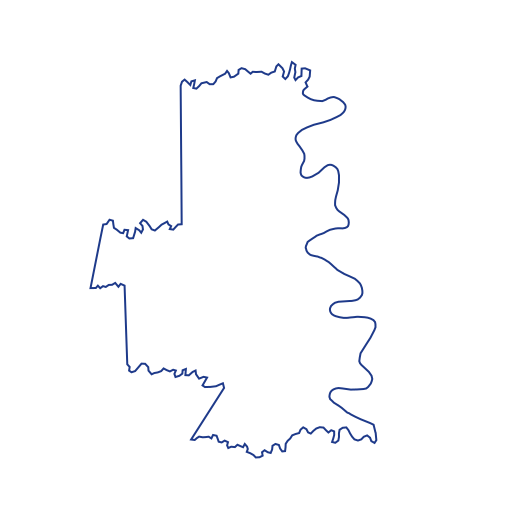 the district of 25 de Mayo, Misiones, Argentina, rotated 282°
{"feature_id": "61730980B2649832708573", "entity_name": "25 de Mayo", "entity_type": "district", "adm_level": 2, "iso_a3": "ARG", "parent_name": "Argentina", "parent_adm1": "Misiones", "projection": "albers", "projection_center": [-54.618, -27.386], "detail": "fine", "context": "isolated", "style": "outline", "palette": "blue", "viewbox_px": 512, "rotation_deg": 282, "n_neighbors": 0, "source": "geoboundaries", "source_scale": "gbopen_adm2", "svg_char_len": 5748}
<svg xmlns="http://www.w3.org/2000/svg" viewBox="0 0 512 512"><g transform="rotate(282 256 256)"><path d="M316.7,166.8L271.6,176.7L270.6,173.2L267.7,171.4L264.6,169.6L264.4,166.1L267.6,166.8L268.7,163.8L271.2,162.0L269.1,159.6L267.0,157.1L264.0,155.0L259.9,151.8L260.4,148.4L263.1,145.8L266.7,141.6L267.9,138.0L264.0,135.8L261.8,138.7L258.5,139.9L254.9,138.9L256.9,136.4L258.3,132.5L254.6,132.7L247.9,132.1L246.8,128.5L248.3,125.5L251.8,125.5L254.7,125.5L254.3,121.9L250.7,121.3L250.6,118.5L252.8,114.3L254.0,111.2L257.3,109.9L260.8,108.7L261.0,105.2L256.2,103.2L255.0,100.0L240.8,100.1L190.2,100.8L191.4,106.0L194.1,107.5L192.1,110.3L194.7,112.6L194.5,115.5L197.1,118.0L197.9,121.2L200.4,123.9L197.3,127.8L200.6,129.4L199.7,133.6L148.6,146.3L123.3,152.6L121.2,155.5L117.5,155.7L116.4,158.4L118.3,161.7L122.3,163.9L126.9,166.4L127.5,170.0L124.9,173.7L121.5,174.7L118.6,178.5L120.4,180.9L121.7,184.1L123.7,187.2L126.8,189.0L125.8,192.4L125.2,195.8L127.5,198.6L127.3,201.4L123.7,200.7L120.9,202.4L122.9,206.0L125.6,208.4L129.0,208.0L130.9,210.9L124.8,211.7L125.3,215.1L129.4,218.1L131.4,220.7L127.9,221.9L124.2,225.8L126.9,229.8L126.9,233.4L123.5,232.3L118.3,230.6L117.2,233.3L118.5,238.7L120.3,244.0L122.5,247.0L124.6,250.1L120.3,252.2L63.0,230.7L63.3,234.3L65.7,236.1L67.5,237.9L67.6,241.6L68.4,244.4L69.4,247.3L68.3,250.3L72.0,251.2L72.0,254.8L69.3,256.5L66.6,258.1L66.5,261.2L68.9,263.7L68.1,267.3L64.8,267.1L62.4,268.8L64.3,271.4L64.7,275.1L67.5,277.1L66.8,280.3L66.3,283.1L69.8,284.1L67.7,286.9L65.5,288.1L62.5,287.7L61.9,291.4L60.8,294.9L58.9,297.7L59.9,301.3L62.1,304.0L65.3,302.7L67.8,304.8L66.5,308.3L66.4,311.3L70.1,312.0L73.8,311.6L76.2,314.1L75.9,317.7L72.7,319.6L70.3,322.3L71.2,325.0L74.8,324.7L78.5,324.1L81.8,325.4L84.6,327.4L88.1,328.7L90.1,331.7L91.8,335.0L95.4,335.7L98.2,337.8L97.1,341.3L94.3,343.6L93.7,346.5L96.9,348.5L99.8,350.8L101.8,354.0L102.2,357.7L100.1,360.7L98.4,363.5L101.2,365.8L100.7,368.9L97.2,369.7L93.4,369.5L89.9,369.1L89.8,372.4L92.6,374.9L96.2,374.8L99.8,374.0L103.4,373.9L106.0,376.5L107.1,380.0L104.8,382.7L102.0,384.9L99.3,387.5L97.1,390.4L96.7,394.1L98.5,397.1L101.6,399.0L103.6,402.0L102.0,405.3L98.9,407.3L97.8,410.8L100.9,412.0L104.4,410.9L107.9,409.8L108.5,409.4L115.4,406.1L116.3,402.4L118.1,392.2L119.4,386.6L120.7,381.9L121.0,381.0L121.5,379.9L121.8,377.9L122.3,376.9L125.3,371.4L126.6,368.4L128.7,362.7L130.4,360.1L131.4,358.3L133.5,357.1L135.1,356.9L136.6,356.9L138.1,357.1L140.0,358.0L141.6,359.5L143.0,361.6L144.0,364.1L144.4,367.9L145.0,376.4L146.5,382.7L148.2,388.7L149.3,391.3L151.2,392.9L153.2,393.9L155.1,394.8L157.5,395.2L159.9,395.3L162.9,393.9L166.1,390.5L169.5,384.9L171.4,381.7L172.8,380.0L174.6,378.9L178.3,378.6L182.6,378.5L192.6,382.2L199.7,384.9L208.1,387.2L211.2,387.7L214.2,387.0L216.1,386.2L217.7,384.2L218.6,381.1L218.9,378.0L218.7,375.0L217.7,368.1L217.2,366.4L216.7,365.0L216.2,363.4L215.7,361.7L215.1,359.9L214.6,358.6L214.4,357.7L213.7,354.7L213.5,350.6L213.7,346.6L214.0,344.8L214.8,342.6L215.7,341.4L217.1,340.2L218.7,339.5L220.2,339.3L222.7,339.8L224.9,341.3L226.7,343.0L228.4,346.2L231.3,356.4L232.0,359.1L233.4,362.5L234.6,364.5L236.9,366.4L239.8,367.7L241.8,367.8L244.0,367.3L246.8,366.2L249.2,364.7L250.8,363.3L252.7,360.4L254.3,357.4L255.6,351.7L256.8,346.0L259.1,339.1L259.5,338.1L260.4,336.8L261.3,335.1L262.9,332.4L263.4,331.6L265.1,328.5L265.2,328.3L265.9,326.2L266.7,324.2L266.8,323.9L267.2,322.5L267.8,320.3L267.8,319.1L268.3,316.3L268.2,315.3L268.2,313.8L268.2,312.2L268.3,309.7L268.7,308.2L269.6,306.7L270.0,305.9L271.6,304.4L272.1,304.1L273.6,303.4L274.3,302.9L276.1,302.8L278.1,303.2L280.5,303.6L282.2,305.1L284.8,307.6L287.4,310.2L288.4,311.0L290.4,314.0L291.1,315.3L292.6,317.6L293.6,318.7L294.7,319.9L296.4,322.1L296.8,322.6L297.0,322.9L298.3,325.6L299.4,328.0L300.1,330.2L300.6,332.5L301.0,334.9L301.9,337.2L303.1,338.9L304.4,339.8L306.1,340.0L308.1,339.8L310.4,339.0L311.7,338.1L312.5,337.1L314.5,333.8L317.0,328.0L318.1,326.1L319.8,324.4L322.1,322.8L324.4,322.3L327.2,321.9L330.8,321.9L337.2,322.3L345.1,321.9L352.2,320.4L356.1,318.8L358.0,317.5L359.4,315.5L360.4,313.0L360.7,311.7L360.8,310.4L360.5,308.9L359.7,307.2L357.0,304.5L350.4,299.9L345.5,294.5L343.9,291.9L343.0,289.6L342.8,287.9L343.0,286.5L343.5,285.1L344.2,283.8L345.3,283.0L346.7,282.3L348.5,282.0L350.5,281.8L352.6,281.7L354.4,282.0L356.9,282.7L359.0,283.3L361.3,283.2L364.1,282.6L366.0,281.9L368.9,279.4L372.4,275.7L374.3,273.4L376.2,271.7L377.3,270.9L378.6,270.4L379.8,270.2L381.0,270.2L382.1,270.3L382.9,270.5L385.2,271.7L388.9,274.7L392.4,279.2L396.4,285.3L400.7,294.0L404.5,300.4L408.6,305.9L411.4,309.3L413.8,311.1L415.5,312.1L417.6,312.7L419.4,312.8L421.1,312.5L422.6,311.7L424.6,309.3L426.7,305.0L427.2,303.0L427.6,300.5L427.7,299.1L427.3,297.8L426.5,295.9L425.0,293.5L423.7,292.1L423.4,291.8L421.3,288.7L421.1,287.4L420.6,283.7L420.4,280.4L420.8,276.9L421.7,273.7L423.2,269.8L423.9,268.6L424.9,268.0L425.8,267.9L426.9,267.8L427.9,267.9L429.3,268.7L432.4,271.1L432.5,271.0L436.1,268.4L439.3,270.3L442.6,271.2L448.8,270.4L449.8,265.0L448.8,261.7L441.5,263.0L439.4,260.0L436.3,258.1L438.5,256.3L444.0,256.3L447.5,255.0L451.2,255.0L453.1,250.8L449.5,250.5L445.8,250.5L442.1,250.3L438.4,249.8L435.2,247.9L437.1,244.8L442.3,245.1L445.2,242.8L448.2,238.1L445.7,236.5L440.4,236.0L438.5,232.8L435.9,230.4L436.3,226.7L437.4,223.1L436.0,218.0L435.5,214.5L433.2,212.8L434.8,209.7L436.5,206.6L436.7,202.8L434.4,200.3L430.7,200.8L426.8,197.2L425.4,194.0L429.2,191.4L431.0,189.2L427.9,187.9L424.4,183.6L421.9,180.9L418.3,180.2L415.2,178.5L414.4,175.0L415.9,171.6L413.6,166.7L410.3,165.0L407.3,162.9L407.3,159.7L411.0,159.8L415.1,159.7L413.4,156.5L409.6,156.2L412.1,152.3L413.7,149.5L411.1,147.4L406.9,146.9L342.0,161.2L316.7,166.8Z" fill="none" stroke="#1e3a8a" stroke-width="2"/></g></svg>